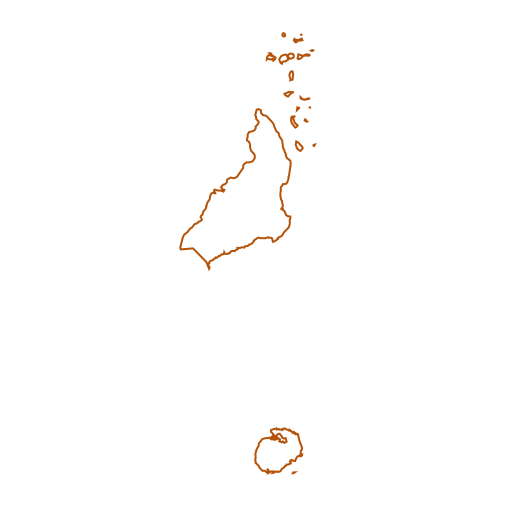 Biak Numfor, Papua, Indonesia (Albers equal-area conic projection), rotated 265°
{"feature_id": "22746128B19254678251292", "entity_name": "Biak Numfor", "entity_type": "district", "adm_level": 2, "iso_a3": "IDN", "parent_name": "Indonesia", "parent_adm1": "Papua", "projection": "albers", "projection_center": [135.909, -1.013], "detail": "fine", "context": "isolated", "style": "outline", "palette": "amber", "viewbox_px": 512, "rotation_deg": 265, "n_neighbors": 0, "source": "geoboundaries", "source_scale": "gbopen_adm2", "svg_char_len": 6049}
<svg xmlns="http://www.w3.org/2000/svg" viewBox="0 0 512 512"><g transform="rotate(265 256 256)"><path d="M247.4,208.1L248.7,208.8L251.0,207.7L252.0,207.8L252.7,208.8L253.7,208.7L254.9,209.8L255.8,212.9L256.9,213.9L257.5,215.7L258.1,215.9L257.8,217.3L259.3,218.9L259.3,220.2L260.7,222.0L260.5,223.0L260.9,224.3L262.5,224.7L261.0,225.4L260.5,226.8L260.7,228.7L261.3,229.2L261.4,230.5L262.6,231.1L263.1,232.8L262.8,235.4L264.2,237.0L264.3,238.4L265.1,238.8L265.7,238.5L265.4,240.6L265.9,243.1L265.4,245.1L266.4,245.7L266.8,246.7L266.6,248.1L267.2,249.7L268.0,250.3L268.5,252.7L270.7,255.0L271.5,255.0L273.7,258.9L274.1,260.4L273.4,261.8L272.9,266.6L273.6,269.7L273.1,270.2L272.9,272.5L272.4,273.4L268.8,274.1L269.1,274.7L268.8,275.4L271.0,279.3L271.5,279.0L272.3,279.7L273.6,283.1L274.4,284.0L277.2,286.0L281.5,291.0L285.0,292.5L288.9,292.7L290.7,293.6L292.4,293.6L292.8,291.2L294.2,289.5L298.3,288.3L299.2,287.1L300.8,286.7L300.3,285.7L300.6,285.3L301.1,285.4L301.4,286.4L303.8,287.1L308.9,286.6L310.0,285.9L314.2,285.5L317.8,286.0L318.9,286.6L320.4,286.4L322.6,286.9L323.9,288.4L325.2,288.9L325.3,292.3L326.7,293.6L330.9,295.4L331.9,295.2L333.2,295.9L344.6,298.6L347.8,298.6L351.0,295.3L353.3,294.5L354.7,294.6L357.4,293.6L359.5,293.4L360.3,292.7L360.9,292.6L361.3,293.1L361.2,292.6L362.4,292.4L368.8,292.1L373.2,289.8L376.6,289.2L378.3,287.3L383.0,285.6L385.6,285.1L388.4,283.5L394.8,278.4L395.8,275.1L398.2,273.5L400.7,273.6L402.2,271.1L401.7,269.4L396.3,267.5L394.7,268.2L392.6,268.1L389.5,270.4L387.7,269.9L384.9,266.9L383.0,266.7L381.5,265.6L380.6,263.5L380.1,259.9L377.7,258.3L375.1,258.0L372.6,257.0L371.8,257.2L370.5,258.9L368.0,259.7L365.0,259.6L361.4,260.2L357.2,263.3L354.6,263.5L353.3,263.1L350.6,260.9L349.9,257.0L350.1,254.7L348.6,252.2L347.2,251.2L344.8,250.8L336.5,244.0L335.4,241.0L336.3,237.5L334.8,234.1L331.4,233.0L330.1,231.1L329.9,229.4L327.7,227.2L325.4,228.4L324.7,230.2L323.0,229.2L324.4,226.6L324.2,226.1L324.6,223.6L325.7,220.9L325.5,220.2L323.8,219.9L322.7,220.9L322.0,220.9L322.8,218.2L322.3,217.2L320.7,215.9L316.2,214.6L314.1,212.7L310.2,210.7L309.8,211.0L307.8,210.2L304.7,207.2L301.9,206.4L300.6,204.5L299.5,204.2L298.0,205.1L296.7,205.2L295.6,203.6L295.1,201.8L293.7,200.1L293.1,197.6L289.9,194.6L289.0,192.7L286.0,190.0L283.4,186.2L280.6,184.6L270.9,181.2L269.1,181.6L269.1,193.9L254.3,206.1L247.4,208.1ZM53.1,237.4L50.5,237.8L50.0,237.5L46.8,240.4L44.7,241.1L41.5,243.7L41.2,246.2L38.4,248.8L39.1,249.5L42.1,248.8L42.4,249.1L39.4,250.9L40.1,252.2L40.0,254.3L39.2,254.8L38.5,254.0L38.6,255.2L39.8,256.4L38.9,258.7L39.4,259.5L39.0,260.6L39.9,262.0L41.3,262.8L43.3,266.0L44.4,266.8L44.6,267.8L45.6,268.3L45.4,269.6L46.3,272.6L46.7,272.8L48.2,271.9L49.4,272.6L49.2,273.5L50.2,273.0L49.1,274.6L48.3,277.0L51.7,278.9L52.9,280.3L53.1,281.1L52.5,283.2L53.2,284.4L54.0,284.6L53.5,283.3L54.5,282.8L56.1,283.6L57.5,283.5L58.6,284.1L59.0,284.8L60.7,285.2L68.1,283.2L74.9,282.2L75.1,281.7L74.0,281.1L75.0,281.3L74.9,280.5L75.9,280.0L75.4,279.4L76.9,278.7L76.7,278.1L77.2,278.2L76.9,277.2L77.5,277.2L77.8,276.3L78.7,275.7L78.6,275.1L80.0,274.3L79.4,273.5L80.0,273.1L80.9,270.3L81.8,269.6L81.5,267.8L80.6,267.6L80.5,267.3L80.9,267.4L81.1,266.4L80.8,264.5L81.7,263.6L81.3,261.6L82.5,261.3L81.4,255.9L79.6,255.6L77.0,257.7L76.4,257.7L75.2,259.2L75.0,260.6L76.5,261.8L76.8,264.1L74.1,266.0L72.6,266.4L71.8,267.6L72.0,269.6L68.4,270.3L67.4,268.0L68.8,266.6L68.1,266.2L68.2,265.2L67.7,264.9L68.5,265.0L69.3,263.1L70.0,263.6L71.0,263.1L70.9,263.8L71.5,263.8L72.4,262.2L71.3,259.2L71.4,258.0L72.0,256.7L72.0,255.3L73.9,253.5L73.5,251.8L73.8,250.0L73.1,246.4L69.1,242.6L66.8,242.1L63.2,239.7L59.1,238.2L54.7,238.0L53.1,237.4ZM453.0,298.7L450.1,296.3L447.6,296.7L445.8,297.7L445.3,298.6L446.9,299.1L447.4,300.7L447.2,302.0L448.7,305.0L449.9,305.1L453.5,304.1L454.0,303.3L453.9,301.1L453.0,298.7ZM366.6,306.1L363.3,305.3L359.3,306.4L356.9,309.0L356.9,309.6L359.2,311.9L360.6,311.7L365.6,307.7L366.6,306.1ZM387.7,302.7L385.1,303.3L380.8,306.1L380.5,306.6L381.6,308.2L382.6,308.8L385.2,306.3L390.0,304.9L392.3,307.1L391.5,305.7L391.8,304.0L390.8,303.2L387.7,302.7ZM453.0,284.3L450.8,283.9L451.4,284.7L450.1,289.4L450.9,289.3L451.3,290.2L450.8,290.4L450.1,289.7L449.1,290.2L450.5,292.3L451.9,292.8L454.1,290.2L453.8,289.6L454.4,288.1L455.0,288.5L455.3,288.1L454.8,285.8L453.0,284.3ZM432.6,305.0L429.0,305.8L428.1,305.5L428.5,307.7L433.7,308.9L436.8,308.4L436.6,306.7L434.3,305.3L432.6,305.0ZM451.6,305.3L449.6,307.0L449.6,308.3L450.4,310.6L452.0,311.2L453.9,310.6L454.7,308.0L453.9,306.0L453.1,305.4L451.6,305.3ZM416.7,303.3L415.0,298.5L413.6,299.3L412.0,301.7L414.8,304.8L416.1,307.9L416.0,305.8L416.7,303.3ZM449.2,314.6L448.4,315.4L448.6,316.9L449.9,319.1L450.7,319.6L451.4,321.9L451.8,322.0L451.4,319.9L453.2,315.9L449.2,314.6ZM472.9,304.3L475.1,303.9L475.6,302.5L474.7,301.7L473.2,301.6L472.4,302.1L472.2,303.3L472.9,304.3ZM467.9,312.5L465.9,313.4L465.4,314.4L465.5,315.2L467.0,315.3L467.3,314.3L468.9,313.3L467.9,312.5ZM73.4,259.5L73.0,258.6L71.9,259.6L72.7,261.7L73.4,261.6L74.1,260.5L74.2,259.4L73.4,259.5ZM74.6,259.1L75.5,257.3L74.8,256.3L74.0,256.3L73.3,258.6L74.6,259.1ZM452.0,326.5L452.5,323.3L452.1,322.4L451.5,322.1L450.9,326.0L451.3,326.8L452.0,326.5ZM410.2,314.2L409.2,314.2L408.6,314.8L407.5,317.5L407.4,318.4L408.2,323.6L408.4,321.4L407.6,318.9L407.9,317.0L408.6,315.6L410.2,314.2ZM400.4,310.1L397.7,309.5L400.2,312.5L399.9,311.2L400.4,310.1ZM385.5,318.7L387.7,317.2L387.8,316.7L386.7,316.3L385.4,318.2L385.5,318.7ZM468.6,320.5L468.3,319.4L466.8,320.0L466.9,321.0L468.6,320.5ZM71.9,259.2L72.6,258.5L73.2,256.6L72.0,257.5L71.5,259.1L71.9,259.2ZM361.9,324.4L361.7,323.1L360.6,323.1L360.6,323.6L361.9,324.4ZM455.8,328.8L455.3,329.7L455.9,330.8L456.3,330.0L455.8,328.8ZM37.1,275.8L37.2,274.2L36.4,273.7L36.4,274.6L37.1,275.8ZM466.9,318.3L467.6,317.4L467.7,316.2L466.6,317.6L466.9,318.3ZM455.4,289.6L456.7,288.2L456.7,287.4L455.2,289.3L455.8,288.9L455.4,289.6ZM472.2,320.6L473.4,319.8L471.6,320.6L472.2,320.6ZM399.2,323.8L399.2,322.8L399.6,321.5L399.1,322.8L399.2,323.8Z" fill="none" stroke="#b45309" stroke-width="2"/></g></svg>